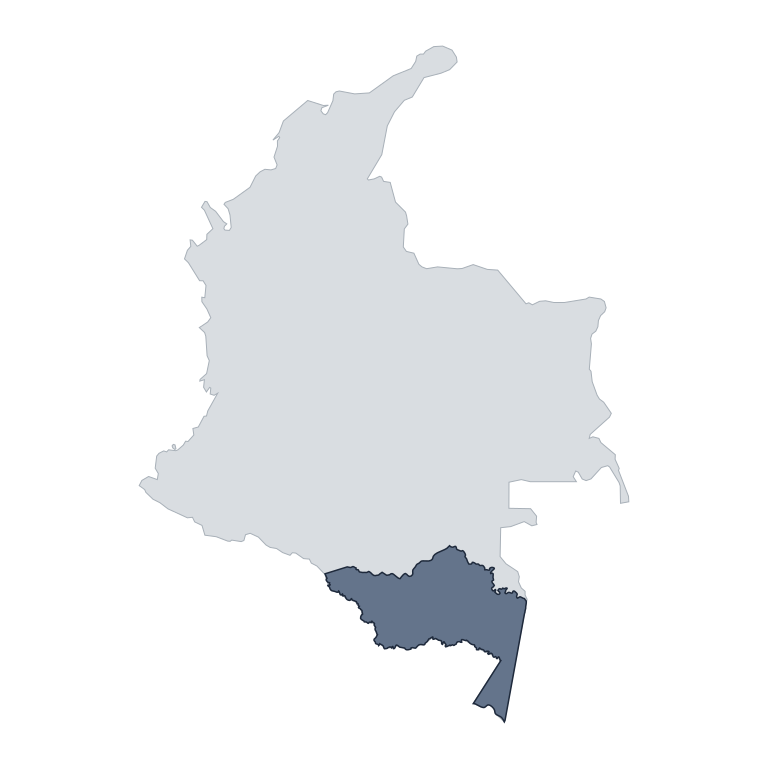 Amazonas highlighted on a map of Colombia
{"feature_id": "COL-1283", "entity_name": "Amazonas", "entity_type": "Commissiary", "adm_level": 1, "iso_a3": "COL", "parent_name": "Colombia", "parent_adm1": "", "projection": "mercator", "projection_center": [-71.672, -2.052], "detail": "fine", "context": "in_parent", "style": "filled", "palette": "slate", "viewbox_px": 768, "rotation_deg": 0, "n_neighbors": 0, "source": "natural_earth", "source_scale": "10m", "svg_char_len": 9773}
<svg xmlns="http://www.w3.org/2000/svg" viewBox="0 0 768 768"><path d="M449.7,69.6L441.0,73.2L424.0,77.6L412.3,97.0L404.3,100.3L394.5,111.8L387.3,125.9L381.8,154.6L367.3,178.9L368.4,180.0L374.2,178.9L379.7,176.3L381.6,177.1L383.6,181.4L390.2,182.4L395.5,202.1L405.5,212.1L406.6,215.9L407.9,224.1L404.3,229.0L403.3,247.0L406.4,251.4L413.9,253.2L418.9,264.3L422.0,266.9L426.6,268.7L437.6,266.9L457.4,268.8L462.1,268.5L473.2,264.6L487.3,269.4L497.7,270.1L526.0,303.8L528.8,302.8L532.4,304.8L539.6,301.3L545.7,300.8L553.8,302.5L564.5,302.5L586.0,299.0L589.2,297.1L600.9,299.0L604.4,301.5L606.1,307.8L604.7,311.7L600.6,315.6L598.4,320.6L597.9,326.7L595.8,331.2L592.0,334.1L590.6,338.4L591.4,343.9L589.3,369.2L591.0,371.3L592.2,381.7L597.1,395.2L599.5,399.1L603.7,402.2L611.3,413.3L609.5,417.1L590.2,434.4L589.2,438.4L592.9,436.8L598.9,438.4L600.9,442.6L615.3,454.7L615.1,459.3L619.2,468.4L618.5,470.4L628.5,496.3L628.8,501.8L620.5,503.3L620.2,485.9L619.0,482.4L609.6,467.0L607.7,465.7L601.4,467.5L591.0,478.9L586.1,480.6L582.2,479.0L578.3,472.2L575.7,471.0L573.2,476.7L576.4,481.7L530.3,481.7L521.3,479.6L509.0,482.2L508.9,508.3L530.6,508.7L536.6,516.2L536.1,522.3L537.0,524.5L531.8,525.8L524.2,521.6L510.7,526.6L500.7,527.7L500.1,556.6L506.0,563.8L517.7,571.6L519.3,576.8L518.5,581.8L521.3,588.0L525.1,591.3L525.1,595.0L527.1,599.2L504.3,721.9L496.2,714.4L493.2,707.6L489.2,704.9L481.6,707.0L473.3,703.5L499.9,661.9L499.0,658.2L476.8,648.0L474.5,645.4L463.9,640.0L458.0,641.6L454.7,644.3L446.6,645.1L440.1,640.7L432.3,637.8L422.9,644.8L420.1,644.7L413.5,647.8L406.4,649.0L397.1,645.8L389.6,648.0L384.4,647.5L382.4,645.4L375.8,642.9L375.1,640.1L376.9,634.9L374.1,624.8L373.0,623.1L367.9,622.9L362.0,619.3L360.8,617.1L362.1,613.0L361.0,609.5L355.2,601.4L347.2,599.3L339.5,592.5L331.8,590.2L328.2,585.3L324.9,574.4L316.9,566.0L311.3,563.1L309.4,559.1L303.6,558.6L295.8,553.1L292.4,552.7L290.0,555.3L282.7,552.6L276.5,548.5L270.1,547.4L266.0,545.0L258.4,537.1L250.2,533.3L245.5,534.7L243.9,540.5L241.2,541.6L231.7,540.1L230.2,541.3L227.7,541.1L216.2,536.7L204.9,535.2L202.0,525.4L194.7,521.9L192.5,517.3L187.4,517.8L168.0,508.9L159.9,502.7L153.1,499.3L145.9,492.4L144.7,489.6L139.2,485.6L141.9,480.4L148.6,476.5L157.3,479.6L158.3,473.5L155.2,468.2L156.7,456.1L159.0,453.3L163.7,450.9L166.7,451.9L168.6,449.8L175.7,450.7L177.8,449.9L183.3,445.1L185.6,441.2L188.0,441.5L193.8,435.0L192.9,428.5L198.3,427.0L204.0,416.3L206.5,416.0L207.8,410.9L217.7,393.2L214.1,395.3L210.2,394.0L210.8,388.1L209.6,387.4L206.4,392.0L203.6,387.3L204.4,379.7L199.8,381.1L200.1,379.4L206.6,373.6L209.3,360.6L207.1,355.8L205.8,336.2L204.6,332.5L199.3,327.6L207.7,322.0L210.8,317.7L206.9,309.0L201.9,301.7L201.8,297.2L204.8,297.7L206.0,285.5L203.1,280.8L199.6,280.7L188.4,262.7L184.5,258.9L187.4,250.3L190.8,246.4L190.1,239.9L192.4,240.2L197.2,246.2L199.1,245.3L206.7,239.6L206.9,234.3L212.9,228.7L204.4,210.2L201.5,207.3L205.0,201.4L207.0,201.7L210.3,207.5L215.6,211.3L223.4,221.6L226.8,223.9L224.4,226.3L223.9,228.7L225.0,230.1L229.4,230.4L231.2,227.5L230.0,215.0L228.1,208.7L224.0,204.3L225.3,202.4L233.3,199.3L250.0,187.3L255.7,176.0L260.0,171.9L264.9,169.3L271.0,169.9L275.7,168.5L277.1,164.9L274.0,157.1L277.5,146.3L277.4,140.9L279.7,137.6L278.9,136.3L272.9,140.1L279.1,132.6L283.4,121.0L307.7,100.5L323.4,105.5L328.4,105.2L321.9,107.7L320.9,110.7L323.2,113.8L325.6,114.7L327.6,112.7L332.9,100.7L333.7,94.1L336.0,91.8L339.3,91.0L354.7,93.9L369.4,92.9L393.2,75.8L411.2,68.5L415.7,61.4L416.8,56.1L420.1,54.1L423.5,54.1L425.6,51.2L433.8,46.6L442.7,46.1L452.0,50.1L456.4,57.1L457.1,62.0L449.7,69.6ZM175.9,448.6L174.9,449.5L172.8,447.9L172.1,445.9L173.3,444.4L175.0,444.9L175.9,448.6Z" fill="#d9dde1" stroke="#a8b0b8" stroke-width="1"/><path d="M526.2,601.0L526.3,602.8L525.7,606.5L525.7,608.4L525.0,611.1L525.0,611.9L524.4,614.0L505.0,720.5L504.3,721.9L503.2,719.7L501.7,717.7L500.5,716.7L496.4,714.6L495.3,713.5L494.9,712.2L494.7,710.8L494.2,709.3L493.2,708.0L491.9,706.6L490.4,705.5L488.8,704.9L487.7,705.0L486.8,705.6L485.2,707.0L484.2,707.5L483.1,707.5L481.0,706.9L475.1,703.8L473.3,703.6L500.9,660.5L500.2,660.0L499.9,659.5L499.1,657.2L498.6,656.9L497.8,657.4L497.2,658.6L496.8,658.6L496.5,658.4L496.3,657.3L495.5,656.6L494.1,657.2L493.4,656.9L492.9,656.1L492.4,654.4L491.9,653.7L491.0,653.2L490.2,653.5L489.4,654.0L488.4,654.3L488.2,654.1L487.8,653.5L487.7,653.1L488.8,652.6L489.0,651.7L488.5,651.3L486.8,651.2L485.4,651.7L485.0,651.8L484.5,651.5L483.9,650.3L483.4,649.9L482.7,649.6L481.2,649.2L480.6,648.9L480.1,648.3L479.6,648.0L478.9,648.5L478.8,649.7L478.5,649.8L476.8,649.8L476.5,649.6L476.4,648.2L476.2,647.7L474.7,646.6L474.7,645.4L474.4,644.9L472.6,644.6L471.2,644.1L469.8,643.1L467.7,640.9L466.5,640.2L465.6,640.5L464.6,640.3L462.9,639.6L461.7,639.6L461.3,640.2L461.4,641.1L461.8,642.1L461.4,642.3L460.4,642.2L459.4,641.6L457.8,641.8L456.9,642.3L456.1,644.2L454.9,644.7L454.2,645.3L453.7,645.4L452.8,644.9L452.4,644.8L451.0,645.5L450.2,645.7L449.9,645.1L447.0,646.5L445.7,646.8L445.2,646.0L445.4,645.7L445.9,645.2L446.0,644.8L445.9,644.4L444.9,643.2L444.2,641.9L443.8,641.8L443.2,642.4L442.8,643.9L442.5,644.4L441.9,644.1L441.6,643.4L441.6,641.8L441.4,641.0L440.9,640.6L438.6,640.2L436.2,638.7L435.3,638.5L433.9,639.2L433.1,639.3L432.8,638.6L432.9,637.2L432.5,637.0L431.7,637.4L429.3,638.9L428.9,638.9L427.3,641.5L425.1,643.3L424.9,644.2L424.4,644.7L423.7,644.9L421.1,644.5L419.8,644.6L418.7,645.0L417.6,646.0L415.8,648.0L415.2,648.2L412.6,647.6L412.2,647.6L411.2,647.9L411.0,648.0L411.0,648.8L410.9,649.1L408.0,649.8L407.1,649.8L406.3,649.7L405.6,649.3L405.1,648.8L404.9,648.3L404.5,648.0L400.4,647.3L399.6,647.1L397.8,645.6L397.1,645.2L396.3,645.1L395.8,645.8L394.8,648.0L394.3,648.5L393.6,648.7L393.4,648.6L393.1,647.1L392.7,646.5L391.9,647.0L391.6,647.9L390.6,647.1L389.9,646.9L387.7,647.8L387.3,648.3L386.7,648.5L384.6,648.8L384.3,648.6L383.9,647.9L383.2,646.0L382.5,645.3L379.7,643.7L379.2,645.1L378.6,645.6L378.4,644.7L378.0,644.4L376.3,643.9L375.6,643.5L375.3,642.0L374.6,641.3L374.0,640.3L374.0,639.9L374.1,639.2L376.0,637.4L376.4,636.6L377.5,634.6L377.0,634.1L376.2,631.6L375.2,630.0L375.1,629.4L375.1,628.8L375.6,627.4L375.4,626.8L374.4,625.6L374.2,625.1L374.5,623.6L374.2,623.1L373.1,622.5L372.1,621.3L371.6,621.3L371.5,622.3L371.2,622.5L369.9,622.1L369.3,622.2L368.3,623.3L367.9,623.2L366.4,622.0L364.3,621.9L364.0,621.1L361.4,619.5L360.6,618.5L360.7,616.9L361.2,615.6L361.5,615.0L362.5,614.4L362.5,613.6L362.1,612.0L362.0,610.6L361.7,610.2L360.8,609.6L360.4,608.8L358.9,608.1L358.5,607.5L359.3,606.3L358.7,606.1L358.3,605.5L358.2,604.3L358.0,603.7L357.1,603.7L357.0,603.1L356.4,601.6L355.4,601.4L354.6,600.8L353.3,600.5L352.5,600.1L351.9,599.5L351.6,598.7L351.0,599.0L350.3,600.0L349.7,600.4L348.5,600.2L347.5,599.8L346.5,599.0L345.8,597.9L344.9,595.9L344.3,595.7L343.0,596.0L342.5,595.7L342.4,595.3L342.8,594.6L342.7,594.3L342.4,594.0L341.9,594.6L341.0,595.0L340.2,594.6L339.1,591.4L338.6,591.0L338.0,592.2L336.9,592.2L334.4,591.3L332.0,590.8L331.0,590.2L330.1,589.0L329.5,587.2L329.1,586.7L328.1,586.0L327.8,585.6L328.1,585.2L328.6,585.1L329.8,585.2L330.1,584.7L329.2,583.3L329.5,582.7L329.2,582.6L328.5,582.5L327.8,582.2L326.5,580.7L326.2,580.1L326.2,579.4L326.4,579.0L326.9,578.6L327.0,578.3L325.0,573.8L347.2,566.9L350.3,567.5L351.0,567.4L352.7,566.6L353.3,566.6L354.0,566.9L355.2,567.7L355.8,567.8L356.1,568.0L356.1,568.3L356.0,569.1L356.1,569.4L356.7,569.7L358.0,569.7L358.4,570.0L359.2,571.7L359.7,572.0L362.7,572.5L364.5,572.4L366.3,572.5L367.2,572.3L368.6,571.5L369.3,571.7L370.7,572.7L372.2,574.2L373.7,575.4L375.4,575.6L376.7,575.3L377.8,575.2L378.7,575.0L379.7,574.0L382.1,572.3L386.7,575.3L389.5,574.8L390.9,573.8L392.1,573.6L393.3,574.1L397.5,577.5L398.5,578.2L399.6,578.6L400.2,578.6L401.1,577.2L403.0,575.0L404.3,573.9L405.3,573.5L406.6,574.2L407.8,575.5L409.2,576.4L411.0,576.1L412.5,574.7L412.8,573.7L412.7,571.1L412.9,569.9L413.7,568.8L415.3,566.9L416.5,564.8L417.1,564.2L419.3,563.0L420.8,561.5L421.8,561.0L423.1,560.9L428.6,561.0L430.1,560.6L431.4,560.1L432.3,559.2L432.8,558.0L433.3,556.3L434.8,554.5L437.4,552.8L444.8,549.5L446.9,548.3L449.6,545.7L450.5,546.6L451.8,547.1L452.5,547.2L453.1,547.1L454.8,546.4L455.6,546.4L456.2,547.2L456.6,548.9L457.0,549.5L460.9,551.1L461.4,551.1L462.2,550.7L462.7,550.7L463.2,551.0L463.8,551.6L464.9,553.3L465.4,554.5L465.5,555.2L465.0,556.4L465.1,556.9L466.6,558.9L467.5,561.5L468.8,564.0L469.1,564.1L470.5,564.1L471.2,564.0L471.7,563.7L472.3,562.4L473.0,562.3L474.7,563.0L475.8,563.9L476.3,564.1L478.1,564.0L478.7,564.3L479.5,565.3L480.0,565.5L482.1,565.4L482.7,565.5L483.4,566.0L484.5,567.5L484.8,568.2L484.7,569.4L484.8,569.8L486.6,569.7L488.7,570.2L489.4,570.1L489.7,569.6L489.6,568.5L490.1,568.0L490.9,567.6L491.6,567.4L492.4,567.4L493.3,567.6L494.2,568.1L494.3,568.6L494.0,569.1L491.5,571.4L490.6,572.6L490.7,573.5L492.4,573.2L493.1,573.8L493.2,574.4L493.0,577.6L493.5,579.5L493.5,580.1L492.3,580.8L491.9,581.4L492.3,582.8L493.5,584.1L494.3,585.4L493.4,586.8L492.2,587.5L491.8,588.0L491.6,588.7L491.9,589.4L492.4,590.3L493.1,590.9L493.9,590.7L494.9,589.8L495.4,589.6L495.7,590.1L495.6,590.7L495.1,591.7L495.0,592.3L497.3,594.2L498.1,594.4L498.9,594.3L499.6,593.9L500.0,593.1L499.5,592.1L498.5,591.2L497.9,590.3L498.9,589.0L499.5,588.7L500.0,588.7L501.0,589.2L501.5,589.2L502.1,588.9L502.4,588.4L502.8,588.1L504.1,588.8L505.9,588.0L506.8,588.0L507.1,588.3L506.9,588.8L506.6,589.3L505.7,590.2L505.6,591.3L505.0,592.5L505.1,593.1L505.7,593.6L506.5,593.6L508.4,592.4L509.3,592.4L511.2,593.1L512.0,593.1L512.5,592.7L512.8,591.7L513.1,591.2L513.7,591.0L514.3,591.1L514.9,591.5L516.5,593.0L517.0,593.6L517.2,594.3L516.6,596.3L516.7,597.1L517.0,597.8L517.3,598.1L517.8,598.0L519.9,596.8L520.5,596.9L523.3,598.3L524.5,598.6L524.7,598.9L524.9,599.4L526.2,601.0Z" fill="#64748b" stroke="#1e293b" stroke-width="1.5"/></svg>